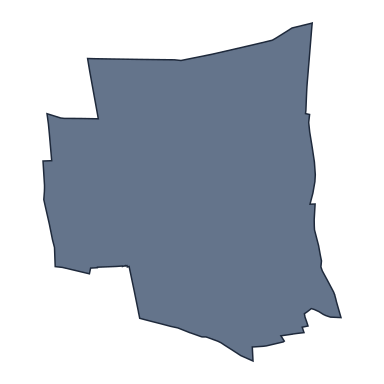 Capital, San Juan, Argentina
{"feature_id": "61730980B45550942809451", "entity_name": "Capital", "entity_type": "district", "adm_level": 2, "iso_a3": "ARG", "parent_name": "Argentina", "parent_adm1": "San Juan", "projection": "equal_earth", "projection_center": [-68.531, -31.533], "detail": "fine", "context": "isolated", "style": "filled", "palette": "slate", "viewbox_px": 384, "rotation_deg": 0, "n_neighbors": 0, "source": "geoboundaries", "source_scale": "gbopen_adm2", "svg_char_len": 1848}
<svg xmlns="http://www.w3.org/2000/svg" viewBox="0 0 384 384"><path d="M334.8,295.0L334.3,293.9L333.7,292.2L327.6,280.7L322.3,270.9L320.9,266.9L321.5,260.8L321.4,260.6L320.2,254.6L318.6,245.7L314.9,231.4L314.5,229.9L314.3,226.0L314.2,219.7L315.1,204.0L310.0,204.2L312.9,193.1L314.9,181.7L315.3,174.8L314.4,162.0L312.2,147.3L309.7,132.0L308.7,122.5L309.6,114.5L305.5,113.6L305.9,110.3L306.4,97.7L306.7,90.9L306.9,87.3L307.2,83.2L308.5,67.5L309.0,61.6L311.4,32.2L311.9,26.2L312.2,23.0L311.3,23.3L292.0,28.0L281.9,34.4L275.3,38.5L272.3,40.2L262.0,42.7L251.8,45.1L212.2,54.2L181.0,60.5L174.4,59.8L164.1,59.7L138.8,59.4L112.1,59.0L94.2,58.7L87.6,58.5L87.9,60.3L88.6,64.6L89.8,71.7L97.6,114.8L98.3,118.8L81.4,118.5L69.4,118.4L64.3,118.4L60.7,118.0L51.5,115.1L47.0,113.7L48.4,123.9L49.3,133.2L51.7,160.7L43.0,161.0L44.5,185.2L44.5,188.1L44.4,191.4L43.8,199.6L45.4,206.8L49.3,223.9L52.1,237.8L52.5,239.8L54.5,247.5L55.2,266.6L62.4,267.4L81.8,272.0L89.4,273.8L90.6,268.1L97.4,267.7L97.4,267.2L110.0,266.7L115.1,266.5L117.1,266.4L119.7,266.2L122.3,266.0L122.4,266.5L125.4,265.6L125.4,266.0L127.0,265.6L127.3,267.0L129.1,266.5L133.0,285.1L134.2,290.8L138.2,310.6L138.4,311.6L138.6,313.0L138.8,313.7L139.7,318.3L145.0,319.7L152.7,321.7L160.6,323.7L170.8,326.4L177.8,327.9L183.1,330.0L190.1,332.8L190.6,332.9L201.6,336.8L202.5,336.9L206.0,336.9L217.8,341.2L221.1,342.8L224.5,345.1L228.9,347.9L240.8,355.6L242.6,356.4L252.3,360.7L253.0,361.0L252.3,347.0L263.1,346.3L266.3,345.9L283.3,341.9L284.3,341.1L280.9,335.8L288.7,334.7L292.7,334.1L292.8,334.0L297.4,333.4L304.0,332.6L302.2,327.2L308.0,326.0L306.6,321.6L305.0,317.1L304.4,313.7L307.2,311.8L311.3,308.6L314.3,309.5L318.9,311.6L323.3,314.4L325.9,315.6L330.4,317.1L341.0,317.6L338.2,307.9L336.6,302.3L336.4,301.6L335.8,299.0L334.9,295.8L334.8,295.0Z" fill="#64748b" stroke="#1e293b" stroke-width="1.5"/></svg>